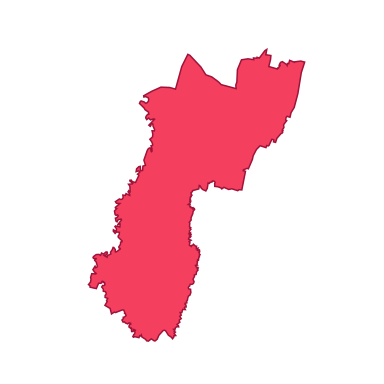 the district of Kota Jakarta Timur, Jakarta Raya, Indonesia, rotated 12°
{"feature_id": "22746128B5353616278909", "entity_name": "Kota Jakarta Timur", "entity_type": "district", "adm_level": 2, "iso_a3": "IDN", "parent_name": "Indonesia", "parent_adm1": "Jakarta Raya", "projection": "robinson", "projection_center": [106.894, -6.261], "detail": "fine", "context": "isolated", "style": "filled", "palette": "rose", "viewbox_px": 384, "rotation_deg": 12, "n_neighbors": 0, "source": "geoboundaries", "source_scale": "gbopen_adm2", "svg_char_len": 6115}
<svg xmlns="http://www.w3.org/2000/svg" viewBox="0 0 384 384"><g transform="rotate(12 192 192)"><path d="M275.2,41.5L271.2,41.3L265.4,43.3L265.3,43.8L260.1,42.9L259.9,46.4L258.7,46.4L258.7,48.4L258.0,47.6L253.3,45.7L251.7,46.8L251.0,49.0L251.9,49.8L251.7,50.6L251.0,50.5L251.2,51.7L250.8,52.9L250.0,52.9L249.9,53.9L241.0,53.3L241.3,46.2L240.8,42.1L235.7,42.4L235.5,37.0L233.9,38.6L230.0,47.0L227.6,46.7L227.6,47.7L224.3,48.1L224.9,49.7L219.0,50.1L212.9,52.4L211.0,62.9L213.0,75.0L212.6,78.2L213.6,81.7L198.2,80.9L195.1,78.8L187.4,75.3L181.2,74.5L174.7,67.9L161.6,58.8L159.3,58.2L155.9,71.5L154.5,94.8L148.5,94.4L139.8,95.9L131.5,102.0L124.7,107.9L125.2,109.1L126.8,108.3L129.7,109.0L130.3,110.1L130.5,112.2L129.7,113.8L128.3,114.9L126.6,113.9L123.3,113.5L122.6,114.3L122.2,116.3L127.7,119.8L129.0,121.3L132.8,122.9L133.6,124.8L132.5,125.3L131.7,126.7L131.2,128.4L131.5,129.4L132.7,130.6L134.2,128.7L136.4,130.1L139.4,128.4L140.2,128.6L135.9,135.6L137.5,136.5L138.0,135.6L137.8,133.8L139.4,133.5L140.3,135.8L142.4,138.6L142.4,140.1L140.2,140.4L141.7,143.7L141.9,146.4L139.8,149.2L142.2,151.3L143.5,153.3L143.7,154.6L142.3,155.3L143.7,157.6L144.4,160.4L144.1,161.0L143.5,160.6L142.4,157.7L141.7,157.6L140.4,158.5L139.6,160.6L138.3,170.8L140.9,175.5L138.6,176.9L139.2,181.2L137.3,181.9L136.1,177.7L134.7,178.3L133.0,180.8L133.1,183.7L135.2,182.5L136.1,182.7L136.7,183.6L135.0,185.9L136.3,186.4L136.5,187.1L134.8,194.4L131.5,194.3L130.1,193.0L128.8,193.5L129.1,194.3L132.2,195.8L131.9,196.5L128.3,197.6L130.0,199.2L131.5,204.8L130.9,205.3L129.8,204.0L129.4,205.1L131.6,207.2L131.8,208.3L127.8,207.3L127.5,209.2L125.0,209.4L125.8,211.7L125.4,213.3L124.0,214.1L122.4,213.9L119.1,217.4L120.4,218.7L123.8,218.3L120.2,223.0L120.5,223.6L121.8,223.9L120.1,226.7L121.5,230.1L122.7,230.7L123.8,229.8L124.8,230.6L124.1,232.6L122.5,233.5L123.7,236.3L124.9,236.8L125.6,234.4L128.2,233.2L128.9,234.0L126.2,239.2L126.4,239.6L127.3,238.4L128.3,238.2L128.7,241.2L124.2,241.1L123.8,241.9L125.8,243.6L126.0,245.5L125.2,246.1L123.0,245.3L123.1,246.6L125.4,248.5L126.5,246.8L129.4,246.5L129.6,248.9L128.9,250.5L129.3,251.6L133.9,254.5L133.8,255.3L132.6,255.8L132.9,258.0L131.8,260.9L132.2,261.9L133.3,262.0L133.7,262.6L130.4,266.4L129.5,266.5L128.9,264.2L127.0,262.5L126.3,262.6L126.0,265.0L124.8,267.8L125.5,269.5L122.7,271.6L122.5,273.5L119.4,272.4L121.5,271.2L122.0,269.2L121.3,268.3L120.1,268.7L118.6,271.0L116.2,270.5L115.7,273.0L114.0,272.4L111.3,273.1L109.1,275.6L108.8,276.6L109.5,277.5L112.0,277.1L111.9,277.8L111.1,278.1L111.0,279.1L112.8,280.3L114.8,284.1L114.6,285.3L113.6,286.1L112.6,284.7L111.2,288.5L113.2,290.5L115.2,291.6L114.8,292.2L110.9,292.7L110.6,296.7L111.4,298.5L111.4,301.2L110.0,304.1L111.7,304.9L112.1,306.3L118.5,306.4L119.6,300.7L122.0,300.2L122.7,298.0L123.9,298.1L124.0,299.0L125.3,298.7L126.1,300.9L125.1,301.9L124.0,302.0L123.4,303.7L125.4,305.4L125.9,307.5L128.1,307.5L129.1,308.9L129.3,309.9L128.5,311.1L128.9,313.2L131.7,313.6L131.0,316.1L131.8,316.8L130.4,321.0L136.1,322.9L138.6,328.0L140.9,325.7L142.3,325.8L148.4,321.8L149.8,321.7L151.3,324.0L151.3,324.8L152.0,324.7L153.2,326.6L151.9,328.4L150.8,328.8L151.2,330.0L150.1,331.8L151.6,333.6L152.8,333.1L154.2,334.0L156.5,334.4L157.6,333.1L159.3,333.2L159.5,334.1L158.7,334.4L158.2,336.3L158.7,337.4L159.3,337.3L160.3,338.3L160.9,337.7L161.6,338.3L161.6,340.4L162.1,341.1L163.4,340.7L163.6,338.6L165.3,339.0L164.8,340.0L165.4,341.0L165.3,342.8L164.7,343.5L164.2,345.8L165.1,346.2L165.9,345.4L170.4,345.5L170.7,343.5L171.6,343.6L172.1,342.3L173.1,344.2L177.3,345.8L178.6,347.0L180.4,346.9L182.7,344.1L186.1,345.5L187.1,345.2L188.6,343.1L189.4,339.0L192.6,333.5L193.9,332.9L195.2,333.4L198.7,337.0L201.7,338.2L203.5,339.6L204.4,337.5L204.2,336.4L205.9,335.8L203.9,334.0L204.9,332.5L203.5,332.0L203.9,331.0L202.6,330.1L204.1,329.5L204.0,328.3L205.1,326.9L207.0,326.7L206.7,325.8L204.9,324.7L207.2,321.8L206.6,321.3L206.2,319.8L207.8,318.1L205.8,316.1L207.1,314.7L205.5,312.4L207.1,312.1L207.3,308.8L209.9,308.4L208.7,306.9L209.2,305.7L210.1,305.7L210.0,305.0L209.5,303.7L208.4,303.1L208.4,302.3L210.0,301.5L209.4,299.9L210.0,298.9L209.9,296.1L210.2,294.5L211.4,293.4L211.8,290.6L210.8,287.4L209.0,287.5L208.3,286.4L208.5,285.2L209.3,284.4L209.4,282.7L211.2,282.3L212.4,281.2L212.7,279.4L211.1,277.0L212.0,274.2L211.5,272.7L213.2,271.8L213.0,269.1L214.1,267.1L213.5,266.6L213.7,265.7L213.2,266.0L212.8,265.3L213.2,264.5L211.7,264.4L210.7,263.1L212.5,262.4L211.8,261.7L212.0,260.0L211.4,258.7L212.0,258.0L211.7,257.2L212.5,257.3L212.3,254.7L212.7,253.8L212.3,253.4L212.9,251.7L212.3,251.6L211.8,249.8L211.2,249.4L211.9,248.8L211.4,247.2L211.0,247.0L209.9,248.0L209.2,247.8L209.6,245.7L208.0,246.5L207.7,244.1L207.0,244.4L204.2,242.8L203.7,244.1L202.6,244.4L202.5,245.4L200.4,244.5L200.5,241.9L199.5,241.2L201.1,239.4L198.4,238.8L198.6,237.0L199.5,237.0L200.2,235.6L199.8,234.8L199.3,236.1L198.6,234.8L200.4,233.2L198.8,233.9L198.9,232.6L197.3,234.0L198.2,232.0L197.6,230.8L198.7,228.6L197.5,227.9L198.1,227.1L196.8,226.6L196.3,222.7L195.6,222.2L197.0,219.6L196.4,217.5L197.3,213.0L197.1,210.7L198.2,208.5L197.7,207.7L196.5,208.4L196.3,207.1L194.5,207.7L193.9,206.7L193.3,207.1L192.7,206.1L192.7,204.8L191.0,205.0L192.6,202.9L192.7,201.2L191.8,201.4L192.0,199.4L191.4,199.3L191.5,197.0L192.2,196.8L191.9,195.2L192.5,195.0L191.1,193.3L192.3,191.4L192.3,190.5L198.0,187.6L197.8,184.1L198.8,184.4L200.1,186.2L201.9,187.3L205.3,188.1L206.2,185.2L205.9,179.8L207.2,180.0L207.8,178.8L209.6,177.9L209.6,177.1L210.5,176.8L211.9,177.0L212.7,178.1L212.4,178.9L213.1,181.8L216.4,181.5L219.5,182.0L220.5,182.8L222.3,180.8L227.4,181.9L230.3,180.6L236.5,181.2L237.4,180.0L240.3,179.6L240.0,160.6L237.7,160.5L237.7,159.6L241.0,157.4L242.3,157.6L244.3,147.6L244.3,143.9L246.2,137.0L249.0,132.6L255.1,133.2L255.5,131.0L256.9,131.1L257.6,130.5L259.2,123.8L261.2,124.0L261.3,126.0L263.4,126.1L263.9,121.8L266.7,116.7L268.1,115.4L268.3,114.5L267.6,113.8L268.2,113.0L267.5,112.4L268.5,109.9L267.6,107.1L269.8,102.5L268.6,102.0L268.5,99.5L269.3,98.2L272.3,98.5L272.4,93.8L274.4,88.1L275.1,73.8L274.1,52.4L275.2,41.5Z" fill="#f43f5e" stroke="#9f1239" stroke-width="1.5"/></g></svg>